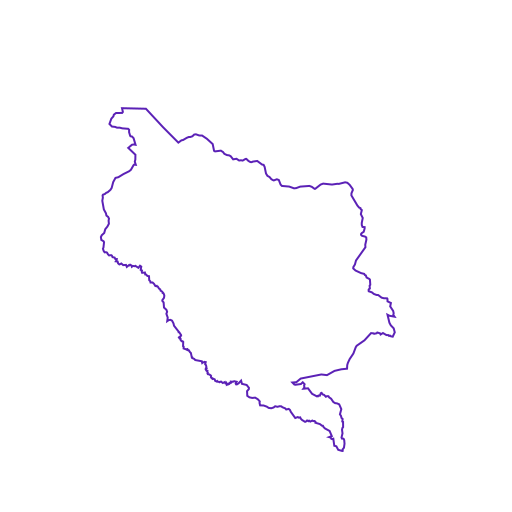 Nkoranza North, Brong Ahafo, Ghana (Robinson projection), rotated 46°
{"feature_id": "2480657B63998169387071", "entity_name": "Nkoranza North", "entity_type": "district", "adm_level": 2, "iso_a3": "GHA", "parent_name": "Ghana", "parent_adm1": "Brong Ahafo", "projection": "robinson", "projection_center": [-1.569, 7.72], "detail": "fine", "context": "isolated", "style": "outline", "palette": "violet", "viewbox_px": 512, "rotation_deg": 46, "n_neighbors": 0, "source": "geoboundaries", "source_scale": "gbopen_adm2", "svg_char_len": 6138}
<svg xmlns="http://www.w3.org/2000/svg" viewBox="0 0 512 512"><g transform="rotate(46 256 256)"><path d="M311.7,158.8L310.7,157.8L309.1,159.2L307.2,158.4L305.7,157.0L302.8,152.8L298.7,151.5L296.5,148.0L294.9,148.1L294.1,147.6L292.8,148.2L290.1,148.0L278.7,145.3L277.2,143.8L275.8,140.5L274.9,139.9L269.9,139.2L266.8,139.4L264.9,140.7L261.7,146.3L260.5,147.4L257.4,151.7L250.6,157.4L249.5,159.9L248.8,166.7L248.4,167.2L245.0,167.8L242.7,168.9L236.8,176.0L235.1,179.9L233.8,181.6L229.1,183.9L223.6,188.7L221.7,188.7L217.2,186.8L215.3,187.7L214.0,190.7L212.9,191.2L211.4,191.6L208.6,191.4L206.3,192.1L203.6,191.5L197.9,187.9L195.7,187.2L194.5,188.1L188.5,189.1L185.9,192.7L185.5,193.9L184.5,194.8L182.4,195.4L179.4,195.5L178.9,196.1L178.1,199.3L176.7,200.3L175.6,201.8L172.5,202.5L170.6,205.3L166.6,204.9L165.0,205.4L163.2,206.8L160.5,207.8L158.4,207.5L155.8,208.1L152.3,212.8L151.2,213.1L145.4,209.4L137.6,209.9L131.9,211.1L129.9,213.1L126.7,214.7L125.7,216.1L125.7,218.6L124.7,220.7L123.7,221.7L122.9,223.7L121.9,227.9L121.0,229.3L120.5,233.1L98.6,233.4L73.6,232.9L56.6,249.7L59.9,251.7L60.1,252.9L55.9,257.4L55.6,260.1L56.5,261.6L56.7,264.6L59.2,269.7L62.8,269.7L65.2,267.7L67.2,266.8L69.0,264.9L71.3,263.5L75.7,259.6L77.1,259.6L78.8,261.3L82.1,263.0L82.7,263.1L83.9,262.2L86.2,262.2L92.3,265.4L90.8,266.5L89.8,268.0L89.5,272.8L99.4,272.4L102.8,275.8L104.0,277.7L106.9,279.1L105.6,280.2L105.6,281.0L107.1,286.1L106.9,288.4L105.0,294.4L103.7,300.3L102.2,302.8L103.6,307.3L106.8,312.6L107.3,314.8L107.1,318.5L106.5,319.7L106.4,321.7L105.6,323.5L105.8,324.2L107.7,325.7L109.5,328.2L116.8,333.1L121.1,334.3L123.0,335.5L125.2,335.2L127.0,335.8L128.2,337.5L130.6,339.4L131.6,342.5L132.0,345.8L134.0,349.2L133.9,352.5L134.6,354.4L137.0,356.1L139.5,355.4L140.5,355.7L143.9,359.8L144.5,361.1L146.9,362.2L148.3,362.3L149.0,361.3L150.1,360.8L151.8,361.3L153.5,361.3L154.8,359.6L155.6,359.4L157.2,360.0L158.9,358.8L160.5,359.3L161.5,358.3L162.2,359.3L162.5,360.5L163.9,359.4L165.5,360.3L166.9,360.2L167.3,360.0L167.8,358.1L170.3,357.9L172.1,355.7L174.1,356.5L174.3,353.8L174.8,353.6L174.8,352.6L176.2,352.2L177.5,352.8L177.6,351.5L179.2,350.2L179.3,349.6L182.8,348.8L182.4,346.2L183.9,345.9L185.9,348.6L187.2,348.1L187.9,349.1L189.0,349.6L190.7,347.4L192.3,348.5L193.0,347.9L194.9,348.0L196.2,347.0L199.2,349.6L200.7,349.6L201.8,350.3L203.2,348.8L205.2,348.7L207.5,349.2L208.1,348.6L208.2,348.9L209.8,347.9L212.1,348.4L213.5,348.1L214.6,348.7L216.3,348.3L217.7,348.4L217.9,348.8L218.8,348.5L220.6,349.3L221.5,350.3L222.2,351.3L222.7,354.1L223.3,354.6L225.2,354.7L229.2,358.0L232.4,357.8L234.4,358.7L235.3,360.6L239.0,362.3L241.2,365.1L241.5,363.3L242.5,361.9L244.2,361.3L247.2,362.2L249.2,363.4L256.6,364.2L257.1,364.6L257.6,364.2L260.8,364.8L261.3,365.2L261.0,368.0L262.0,368.2L262.2,367.6L262.6,368.1L263.2,367.8L264.1,368.6L265.7,368.7L266.3,368.0L267.2,368.0L270.2,371.1L270.9,371.0L272.2,372.3L274.5,371.2L275.2,370.1L275.9,370.7L276.8,369.9L277.2,370.2L277.7,369.9L279.4,370.3L280.5,370.2L284.5,372.7L284.8,372.3L285.5,372.6L287.2,371.9L288.6,372.0L294.1,368.1L295.6,369.0L295.7,367.8L296.4,367.2L296.4,366.6L297.4,365.9L298.6,367.8L299.8,367.8L301.7,369.0L301.9,370.1L302.2,370.5L302.7,370.2L302.8,371.0L304.0,371.3L304.8,370.7L305.3,371.4L306.3,371.6L306.8,372.5L307.6,372.7L308.7,371.9L310.5,371.5L311.1,371.6L311.8,372.6L313.1,372.8L313.6,372.3L314.3,372.6L314.6,372.0L316.1,371.4L317.4,372.1L318.7,371.6L318.9,371.0L319.3,371.3L320.7,370.1L321.4,370.0L322.0,368.4L324.3,368.1L325.0,366.0L325.7,366.4L326.6,365.8L326.6,365.4L327.1,365.6L327.2,366.2L327.9,365.9L328.3,366.3L328.6,365.1L329.0,365.3L329.4,364.3L329.0,364.1L329.2,363.5L328.9,363.0L329.8,362.3L329.8,361.7L329.2,361.3L329.8,361.0L329.7,360.5L330.5,359.8L330.9,358.7L333.0,357.3L333.6,359.2L334.5,359.5L335.1,358.9L335.5,357.0L335.3,353.3L338.2,354.9L342.3,352.3L346.0,352.7L346.8,353.7L347.0,356.3L350.5,359.4L353.1,358.9L355.5,357.3L357.3,355.0L360.3,354.2L363.2,354.3L364.1,355.5L366.3,356.8L368.8,354.4L371.8,352.9L374.1,352.4L376.1,350.8L377.2,348.6L377.4,346.6L379.4,345.3L380.5,343.3L381.8,342.2L383.0,342.1L386.0,340.8L387.4,340.9L388.7,338.7L390.3,338.5L392.2,339.2L399.8,340.3L400.9,337.8L401.9,337.6L402.8,336.3L404.0,336.8L405.9,336.8L409.4,335.9L409.8,334.9L409.8,333.5L411.2,333.1L411.3,332.2L412.8,332.0L413.5,329.8L414.4,329.6L415.4,328.5L416.6,328.4L417.2,329.1L421.3,326.8L424.0,326.4L424.6,325.8L425.8,326.2L427.9,326.2L433.0,324.6L438.2,326.6L437.1,329.2L438.5,328.4L439.8,328.8L440.5,328.5L441.1,327.3L446.9,331.5L448.7,330.4L452.5,331.5L456.2,329.4L456.4,329.0L455.3,328.1L455.0,325.9L452.5,322.7L449.8,320.5L448.5,320.0L447.8,320.2L447.1,321.0L446.0,320.6L443.7,317.0L440.7,314.8L439.7,313.2L439.6,312.2L435.8,308.6L435.0,308.9L433.4,306.9L431.9,307.0L430.0,305.9L428.2,305.6L425.4,301.0L420.5,299.2L418.3,300.1L416.8,301.3L414.7,301.8L410.8,301.1L408.5,301.6L407.2,301.3L406.1,302.3L405.8,303.5L403.2,303.5L401.9,304.2L400.0,303.9L399.7,304.7L400.6,306.5L400.3,307.1L400.6,307.3L399.9,308.0L400.0,308.8L399.3,309.1L399.3,309.7L394.1,311.4L387.3,310.5L384.4,314.1L384.1,312.4L382.7,311.5L382.0,310.1L379.3,310.1L379.3,312.6L376.0,317.1L375.1,317.7L372.3,317.7L374.8,314.6L375.2,309.0L386.6,291.3L391.0,287.7L393.2,279.3L396.7,273.4L400.3,268.8L397.8,266.1L396.7,264.1L395.2,260.2L393.8,253.7L390.9,247.6L390.5,245.9L392.0,236.6L391.4,226.8L393.4,225.1L394.0,225.1L395.4,222.9L395.3,221.9L397.8,220.5L399.0,220.9L399.6,218.2L403.5,217.1L405.0,215.6L406.0,215.8L406.6,214.8L407.4,214.8L409.0,213.7L407.3,209.2L403.7,207.2L399.5,207.2L396.7,206.4L389.6,202.2L391.7,201.5L395.9,198.5L393.7,198.1L392.8,196.7L390.8,195.5L385.5,194.5L383.5,191.6L380.0,192.9L378.1,191.2L377.5,191.1L375.3,193.3L373.2,194.6L369.0,195.2L367.7,196.4L365.1,197.6L362.6,197.9L359.7,199.4L358.6,198.6L358.3,197.8L358.5,196.7L356.3,194.9L356.1,193.8L352.2,190.5L351.3,190.4L348.3,191.4L346.3,190.5L345.4,190.9L344.0,190.6L341.3,192.3L335.6,194.5L332.5,194.7L331.6,193.7L330.8,190.7L328.7,187.2L325.7,171.2L323.8,169.6L320.9,165.2L319.2,163.8L317.7,164.1L315.2,165.7L313.7,165.7L313.1,165.0L313.0,164.0L313.4,161.7L311.7,158.8Z" fill="none" stroke="#5b21b6" stroke-width="2"/></g></svg>